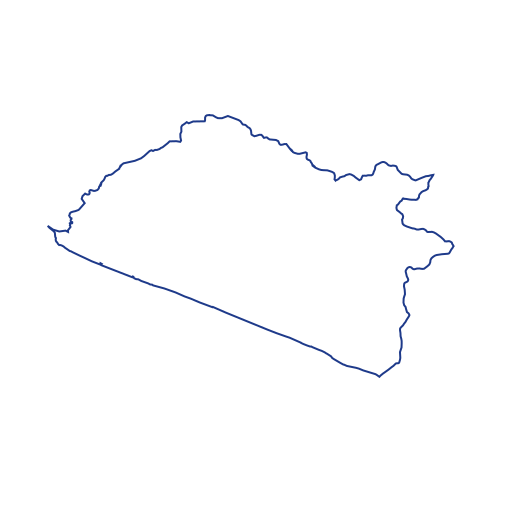 Seluma, Bengkulu, Indonesia (Albers equal-area conic projection), rotated 345°
{"feature_id": "22746128B87861638449066", "entity_name": "Seluma", "entity_type": "district", "adm_level": 2, "iso_a3": "IDN", "parent_name": "Indonesia", "parent_adm1": "Bengkulu", "projection": "albers", "projection_center": [102.762, -4.08], "detail": "fine", "context": "isolated", "style": "outline", "palette": "blue", "viewbox_px": 512, "rotation_deg": 345, "n_neighbors": 0, "source": "geoboundaries", "source_scale": "gbopen_adm2", "svg_char_len": 6097}
<svg xmlns="http://www.w3.org/2000/svg" viewBox="0 0 512 512"><g transform="rotate(345 256 256)"><path d="M449.4,297.6L449.1,296.4L448.7,295.3L448.6,293.7L447.6,292.5L446.5,291.7L446.1,291.7L445.6,291.4L443.9,291.3L443.4,291.0L442.4,290.8L441.4,288.6L439.5,285.6L435.6,280.8L433.9,279.2L432.1,278.1L431.5,278.1L428.3,277.3L427.8,277.1L427.5,276.8L426.6,274.9L425.4,273.7L424.4,273.0L422.8,272.7L419.7,272.5L418.3,272.1L417.5,271.6L416.5,270.8L414.7,269.9L414.4,269.9L409.4,266.6L407.0,264.6L406.7,264.1L406.6,263.7L406.3,263.5L406.0,262.6L406.5,258.7L407.6,257.6L408.4,255.7L408.2,253.9L408.1,253.4L407.2,252.5L406.3,251.0L404.1,248.2L404.0,246.8L404.2,245.5L404.8,244.3L405.1,243.5L406.5,243.0L409.4,240.7L410.9,240.3L412.7,238.5L413.4,238.6L413.5,239.0L415.7,239.7L419.2,241.3L421.1,242.0L423.4,242.6L424.7,243.1L425.6,243.2L426.0,243.0L426.6,243.1L427.0,242.6L427.9,242.1L427.9,241.9L428.5,241.6L429.0,240.2L429.8,238.9L432.5,237.1L434.3,236.6L436.7,236.4L437.9,236.1L439.5,235.4L440.3,233.6L440.6,233.5L440.8,233.2L441.0,231.5L441.3,230.5L441.4,229.9L442.0,229.3L443.3,227.7L444.8,226.7L448.0,223.8L448.2,223.5L445.5,223.3L443.3,223.3L440.7,222.9L436.1,223.4L429.8,224.3L428.9,223.8L426.9,222.3L426.1,221.3L425.4,219.4L424.6,218.0L424.0,217.4L423.0,216.6L419.2,215.1L418.2,214.5L417.7,213.9L415.2,209.5L414.9,206.3L414.7,205.7L413.6,204.9L412.0,204.2L411.3,204.0L410.2,204.0L409.4,203.8L407.7,202.8L406.9,201.8L406.4,200.8L405.3,199.4L404.0,198.4L402.8,198.0L401.3,198.0L397.9,198.8L395.9,199.2L394.5,200.3L393.2,203.2L391.5,205.2L390.9,206.2L390.1,207.2L389.6,207.6L388.5,207.9L385.1,207.0L383.1,207.0L381.6,206.5L379.9,206.1L378.7,207.3L377.4,209.1L375.4,209.5L372.4,205.8L371.2,204.0L369.1,202.0L367.5,201.1L364.0,201.1L362.0,201.8L360.2,201.7L357.5,201.8L356.0,202.8L355.0,203.2L353.2,203.6L352.6,203.3L352.3,203.6L351.7,202.3L352.5,200.4L353.0,198.6L352.9,196.3L352.5,195.7L351.2,194.4L349.1,193.0L347.0,191.7L343.5,190.6L341.3,189.8L339.3,188.6L336.1,186.0L334.6,184.1L335.3,184.1L334.0,182.2L333.9,181.0L333.3,179.6L333.2,178.5L332.5,177.4L331.2,176.5L330.3,175.4L330.2,174.3L330.6,172.9L331.4,171.4L331.7,169.6L330.8,168.7L324.6,168.6L322.8,168.1L319.8,166.3L318.6,165.2L318.0,163.2L317.8,162.9L317.8,163.4L317.6,163.5L316.5,161.2L314.3,155.7L312.2,155.2L311.0,155.3L308.8,155.1L308.1,154.5L307.6,153.6L307.2,150.8L305.3,149.1L299.3,146.9L298.0,145.5L297.8,145.0L297.1,144.2L295.1,143.9L294.3,144.0L293.8,143.1L293.6,142.2L292.6,140.4L290.7,139.8L286.9,140.0L286.5,139.9L285.4,139.9L284.4,138.8L284.0,138.6L283.2,137.6L283.1,137.1L283.6,133.9L283.5,132.3L283.0,131.0L282.6,130.5L281.8,129.8L281.0,128.8L280.6,127.9L279.6,126.6L277.4,125.6L277.0,124.9L275.9,121.9L274.4,120.2L265.1,113.5L258.8,114.1L254.9,113.0L253.2,111.6L250.7,109.0L247.7,108.0L248.2,107.9L246.5,107.6L244.9,107.4L243.7,107.8L242.7,109.0L241.9,111.8L241.3,112.6L230.1,109.8L225.4,110.4L223.7,108.8L221.6,109.7L218.4,110.8L217.2,112.1L216.1,116.6L214.5,118.5L213.7,121.8L213.5,125.1L212.4,126.1L208.8,124.5L202.2,122.9L199.9,124.2L193.9,126.8L192.2,127.0L190.5,127.7L187.8,127.9L186.0,127.4L183.7,127.9L182.4,126.8L180.4,127.1L173.8,130.5L170.2,131.9L163.6,132.7L152.0,132.2L150.1,133.0L147.6,135.0L147.6,134.8L146.6,136.0L146.3,136.2L146.3,136.4L142.1,137.9L139.2,139.3L137.3,139.9L135.9,139.9L135.0,139.6L132.9,140.1L132.2,139.8L130.9,140.5L129.8,142.0L128.9,143.0L128.3,143.5L125.4,145.1L125.3,146.1L124.3,146.5L124.6,147.2L124.0,148.0L123.3,147.8L122.5,148.4L121.6,150.1L119.9,151.2L117.5,151.4L116.3,151.2L113.5,149.5L112.4,149.6L111.6,150.7L111.7,152.0L111.0,153.0L110.6,153.2L109.8,153.2L108.8,152.9L107.7,152.1L107.1,151.5L103.9,153.3L102.4,155.7L104.2,160.6L97.3,165.2L96.4,165.6L93.1,165.9L90.9,165.8L88.7,165.9L87.2,166.7L86.8,167.6L86.0,168.6L86.5,170.8L86.9,171.4L87.5,171.8L87.4,172.4L86.3,173.3L86.1,173.9L86.1,174.4L86.4,175.3L86.6,175.5L87.2,175.7L87.1,176.5L86.9,176.7L86.6,176.8L85.7,176.0L85.1,176.0L84.6,176.2L84.8,177.2L84.1,178.3L84.4,179.3L84.3,180.0L81.0,182.5L80.7,184.1L78.6,182.2L72.3,181.4L66.8,178.0L62.6,173.0L63.8,175.3L67.2,180.0L67.7,181.6L67.1,185.1L67.1,186.2L67.4,186.9L66.8,188.2L66.6,189.5L66.9,190.6L67.4,191.3L67.9,193.1L68.7,194.5L69.7,194.7L71.0,195.5L72.6,197.0L73.8,198.8L74.8,199.9L77.4,203.0L78.4,203.5L80.1,205.1L85.9,210.1L90.0,213.5L96.0,218.6L102.8,223.6L103.6,223.4L103.9,222.7L104.8,223.6L104.3,223.8L103.8,224.1L104.0,224.7L131.0,244.5L131.6,243.9L132.2,244.3L132.3,245.2L132.6,246.0L134.2,247.3L136.3,248.1L138.7,250.4L144.8,254.6L146.4,256.1L147.7,256.6L148.4,256.9L148.9,257.7L159.0,263.6L168.9,270.4L176.6,276.6L181.8,280.2L189.6,286.3L200.7,294.2L201.1,294.0L212.1,302.8L248.3,330.3L255.8,335.8L264.1,341.5L267.3,343.6L277.0,351.4L277.0,351.6L279.0,353.3L282.1,355.6L284.9,357.5L286.1,357.8L286.7,358.5L292.4,362.9L295.0,364.7L297.5,366.9L298.4,368.0L299.2,368.7L302.3,372.1L302.6,372.5L303.1,374.0L304.2,375.4L309.9,381.2L312.3,383.5L313.0,383.8L315.3,385.7L323.7,389.9L326.2,391.4L330.0,394.3L340.9,401.1L342.1,402.4L343.9,404.6L345.4,403.7L348.5,402.3L349.7,401.9L354.5,400.1L358.4,398.4L360.3,397.7L363.1,396.1L363.7,396.0L365.8,396.4L366.2,396.3L366.7,396.0L368.0,393.9L368.8,392.3L369.1,391.4L370.2,386.1L372.9,382.0L374.1,378.1L374.7,375.7L374.9,373.6L374.9,370.9L375.6,367.8L375.9,365.0L376.3,363.6L377.1,362.7L380.1,361.0L381.5,359.7L383.3,358.4L385.1,356.5L387.8,354.1L388.8,353.0L388.9,352.4L388.6,351.2L388.4,350.7L387.3,349.2L387.2,345.9L387.3,344.0L386.4,341.9L386.4,339.2L387.6,335.3L388.6,333.6L390.0,331.5L390.4,329.6L390.9,327.0L391.1,323.5L391.9,321.3L392.4,320.7L392.9,320.4L395.1,320.0L395.9,319.7L396.4,319.2L396.9,318.4L396.9,317.0L396.4,314.7L396.5,311.6L396.5,310.0L396.8,309.0L397.3,308.4L399.2,306.8L400.4,306.4L401.6,306.4L402.4,306.8L403.2,307.4L403.8,308.6L404.6,309.4L405.6,309.8L408.4,309.8L410.8,310.4L412.0,311.0L413.6,311.6L415.1,311.8L418.8,310.3L421.2,309.1L422.6,307.3L423.5,305.1L423.9,304.6L424.9,303.6L426.7,302.7L428.7,302.0L430.5,301.8L431.6,301.9L436.1,302.4L441.5,303.4L442.5,303.5L443.1,303.4L443.9,302.8L446.3,300.3L447.9,299.1L449.1,297.8L449.4,297.6Z" fill="none" stroke="#1e3a8a" stroke-width="2"/></g></svg>